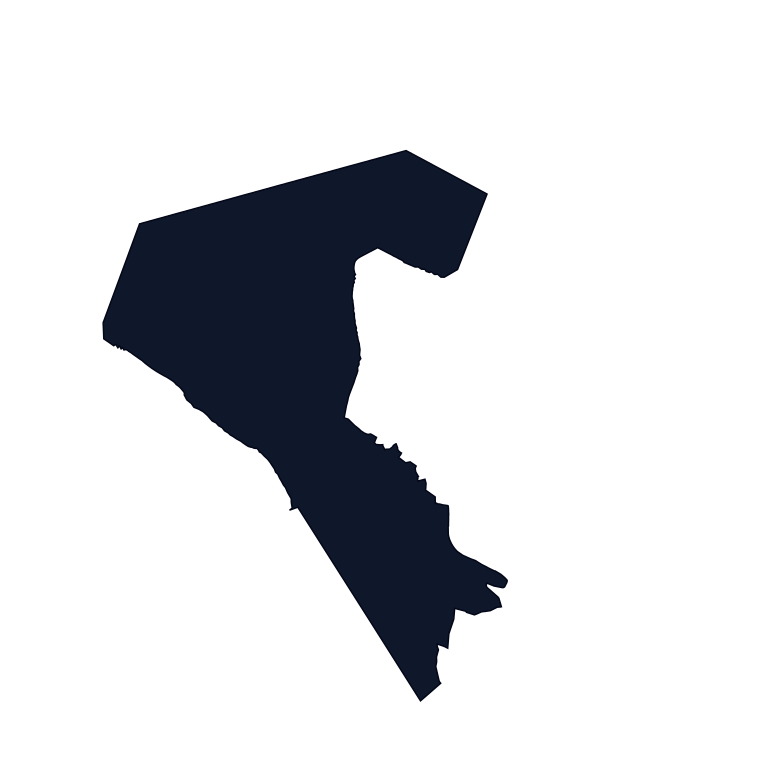 outline of Vlissingen, Netherlands, rotated 53°
{"feature_id": "6326949B17750517520147", "entity_name": "Vlissingen", "entity_type": "district", "adm_level": 2, "iso_a3": "NLD", "parent_name": "Netherlands", "parent_adm1": "", "projection": "equal_earth", "projection_center": [3.611, 51.495], "detail": "fine", "context": "isolated", "style": "filled", "palette": "ink", "viewbox_px": 768, "rotation_deg": 53, "n_neighbors": 0, "source": "geoboundaries", "source_scale": "gbopen_adm2", "svg_char_len": 5870}
<svg xmlns="http://www.w3.org/2000/svg" viewBox="0 0 768 768"><g transform="rotate(53 384 384)"><path d="M614.9,403.8L614.0,403.9L613.9,403.8L612.4,404.0L611.3,404.1L609.6,404.5L608.2,404.8L607.3,405.0L605.9,405.4L604.7,405.9L600.1,407.8L600.0,408.2L594.1,411.2L591.4,412.4L590.0,413.1L587.4,414.4L586.3,414.9L585.8,415.0L585.2,415.3L583.9,415.8L582.1,416.5L580.6,417.0L579.8,417.4L576.6,419.5L574.9,420.5L573.8,421.1L572.4,421.9L570.3,423.0L570.1,423.2L568.7,423.9L567.9,424.3L562.7,426.0L561.5,426.3L560.6,426.4L559.8,426.5L558.7,426.6L557.8,426.6L556.7,426.6L556.1,426.6L555.2,426.6L554.4,426.5L553.5,426.4L552.5,426.3L551.8,426.2L550.9,426.0L549.2,425.6L548.5,425.5L547.6,425.2L546.5,424.8L545.2,424.3L544.2,423.9L543.9,423.7L542.9,423.2L541.6,422.3L536.2,418.4L536.3,418.1L536.2,418.0L534.1,416.4L532.6,415.2L531.2,414.1L529.6,412.9L528.7,412.2L527.2,411.0L527.2,410.9L526.7,410.6L522.7,407.8L521.0,406.7L519.9,406.1L519.6,406.2L519.2,406.5L517.5,408.2L516.0,409.7L515.7,410.0L514.7,410.7L513.2,412.0L512.3,413.0L511.9,413.4L511.8,413.5L511.7,413.5L511.1,413.6L510.9,413.7L510.2,414.3L510.1,414.5L510.1,414.8L505.4,411.4L505.1,411.1L498.4,413.2L493.8,414.7L491.6,412.7L491.3,412.5L488.8,410.3L484.7,408.6L482.0,415.1L480.4,414.7L480.2,414.5L479.6,413.5L478.4,413.2L478.6,412.2L474.3,411.7L473.8,411.6L473.4,411.6L473.0,411.4L470.7,410.2L470.4,409.9L470.2,409.8L470.0,409.6L469.7,409.2L469.0,407.9L468.9,407.7L468.1,407.9L461.9,410.0L461.6,410.7L461.5,410.9L459.9,414.2L451.4,416.5L451.3,416.2L451.1,415.8L451.0,415.3L450.5,413.4L450.4,413.1L450.3,412.9L450.1,412.5L449.6,411.6L448.9,411.9L447.4,412.4L447.1,412.5L446.8,412.5L445.0,412.5L444.8,412.5L444.5,412.5L444.2,412.3L443.0,411.5L442.8,411.4L442.6,411.3L441.5,411.1L441.4,411.0L439.6,410.5L439.1,410.3L438.9,410.6L438.8,411.8L438.7,413.4L438.7,413.6L439.1,414.2L439.3,414.7L439.4,415.4L439.4,416.2L439.4,418.8L438.9,419.4L438.4,420.1L437.8,421.0L437.2,421.8L437.2,422.9L436.9,422.9L433.3,422.2L431.7,421.9L431.6,421.7L431.4,422.0L431.5,422.0L429.6,424.5L429.3,424.8L427.9,426.3L427.8,426.5L427.6,426.8L425.5,427.0L425.1,427.0L424.9,426.9L425.0,426.8L424.0,425.3L422.1,422.1L421.5,422.4L421.3,422.5L420.5,422.8L418.9,423.4L418.7,423.5L416.8,424.3L416.6,424.4L416.3,424.6L415.8,424.9L415.8,425.0L415.6,425.3L415.4,425.6L415.2,426.1L415.1,426.4L414.5,427.2L414.4,427.4L414.2,427.5L413.3,428.1L411.3,429.3L410.7,429.5L407.5,430.6L406.1,430.9L405.8,430.8L403.0,431.5L402.1,431.7L399.7,432.4L392.9,433.4L390.6,433.7L387.1,436.2L386.6,435.7L381.2,429.8L378.5,426.8L375.9,423.5L373.3,420.6L371.3,417.7L368.6,413.4L366.4,409.9L364.8,407.3L363.0,404.8L361.2,402.2L359.6,399.6L358.7,398.5L357.8,397.1L354.8,395.1L353.5,392.3L351.1,390.6L350.7,390.3L349.8,387.3L346.2,386.2L342.0,382.4L339.3,381.0L336.8,379.5L334.6,378.7L332.4,377.8L330.6,376.7L328.4,376.0L326.9,374.6L324.2,374.0L322.7,372.3L320.3,371.5L318.0,370.6L316.0,369.0L313.9,368.1L311.8,366.8L309.9,365.3L307.3,364.5L305.7,362.9L301.5,360.5L299.9,359.6L298.4,358.6L296.3,357.8L294.5,356.6L293.1,355.4L291.5,354.1L290.1,352.6L288.5,351.3L287.4,349.9L285.7,348.4L285.0,346.6L282.9,345.6L282.5,343.5L279.9,343.1L279.4,340.9L277.7,340.7L274.0,338.9L271.8,337.1L270.0,335.2L268.6,333.2L268.1,331.0L267.9,329.3L268.2,326.0L271.3,307.0L282.7,301.5L284.3,300.7L286.0,299.9L287.6,299.3L289.2,298.4L291.0,297.5L292.8,296.8L294.8,295.7L296.8,294.8L299.2,294.7L300.8,293.6L303.7,292.0L306.2,290.5L309.2,288.8L311.3,286.1L314.8,285.0L317.0,282.3L319.5,282.5L320.9,281.5L322.3,280.6L322.9,278.6L326.8,277.8L328.8,275.0L332.8,274.3L335.0,271.6L336.8,256.4L294.3,187.4L210.9,225.9L188.8,281.5L162.6,347.4L124.9,442.6L109.0,482.8L129.9,515.2L165.2,570.1L165.9,571.3L179.3,580.6L187.0,578.0L190.8,576.8L190.9,574.4L194.9,574.7L194.4,572.3L197.8,572.8L197.7,570.8L200.3,571.2L201.2,569.3L203.2,568.3L204.0,568.3L206.7,567.2L209.9,566.3L212.9,565.3L215.8,564.4L219.6,563.1L224.0,562.2L228.3,561.0L232.5,559.7L237.5,557.9L241.3,556.3L244.8,554.8L247.9,553.3L251.9,551.8L255.4,550.6L257.2,550.3L259.4,550.2L262.3,549.3L264.5,548.9L268.5,548.7L270.9,548.7L272.5,550.1L278.1,551.0L283.5,549.6L288.2,549.8L292.6,547.1L297.2,545.1L301.8,544.1L304.1,543.8L306.4,543.7L310.2,543.4L314.1,541.5L317.8,541.2L321.5,539.5L325.4,539.5L329.4,537.8L332.2,537.4L334.9,536.2L339.3,534.7L343.6,532.7L346.6,531.9L349.6,530.9L352.0,530.0L353.8,528.8L355.1,527.5L356.8,526.6L358.1,525.4L359.0,524.1L361.2,524.0L363.3,524.4L365.2,523.4L369.5,523.0L373.7,522.2L377.8,522.1L382.1,522.4L385.9,522.6L389.0,523.6L392.2,523.1L396.3,524.0L399.9,524.4L404.3,525.1L407.4,525.0L412.9,526.3L419.7,527.1L422.8,529.3L427.9,532.0L427.9,535.4L430.5,527.0L488.9,531.7L566.1,537.9L659.0,545.5L657.1,518.8L656.6,518.8L655.8,518.9L655.4,518.9L654.6,518.8L654.2,518.6L653.6,518.4L650.2,516.9L647.3,515.6L645.7,514.9L643.8,514.0L642.1,513.3L641.7,513.2L640.9,512.7L640.2,512.1L638.1,509.7L637.4,509.1L636.7,508.5L634.6,507.1L634.0,506.7L633.4,506.2L633.0,505.6L630.4,502.3L629.5,501.0L628.8,500.4L628.6,500.3L628.2,500.2L627.1,499.9L625.6,499.4L624.9,499.0L624.2,498.6L623.6,498.1L628.6,494.6L629.8,493.9L630.8,493.3L633.3,492.1L622.5,482.5L622.4,482.4L622.3,482.2L613.8,469.8L605.7,462.6L614.1,455.9L614.3,455.7L614.6,455.6L615.0,455.5L615.6,455.5L616.0,455.5L622.8,450.7L623.5,448.2L624.6,443.4L626.3,440.2L626.5,440.2L626.7,439.7L629.0,435.5L630.4,427.9L632.2,425.1L632.1,424.9L632.5,424.3L625.0,421.5L624.5,421.3L624.0,421.2L623.8,421.2L623.4,421.2L623.0,421.2L622.6,421.2L622.3,421.3L608.9,424.1L608.6,424.1L608.3,424.1L607.9,424.1L607.7,424.1L607.4,424.0L607.0,423.9L606.7,423.8L606.6,423.7L606.4,423.5L606.3,423.4L604.7,421.8L611.5,417.7L617.1,412.7L617.9,411.9L618.2,411.6L618.4,411.2L618.5,410.7L618.6,410.2L618.6,409.9L618.5,409.6L618.4,409.4L616.9,406.3L616.8,406.0L616.5,405.6L616.4,405.4L616.2,405.1L616.0,404.8L615.8,404.6L615.4,404.2L614.9,403.8Z" fill="#0f172a" stroke="#020617" stroke-width="1.5"/></g></svg>